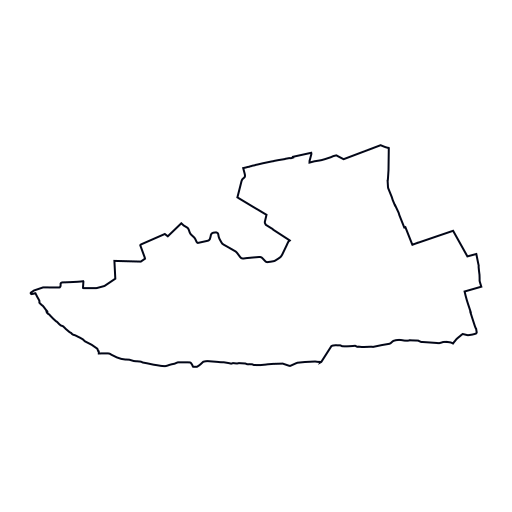 Cumpana, Constanta, Romania
{"feature_id": "2599482B64755451325856", "entity_name": "Cumpana", "entity_type": "district", "adm_level": 2, "iso_a3": "ROU", "parent_name": "Romania", "parent_adm1": "Constanta", "projection": "equal_earth", "projection_center": [28.523, 44.126], "detail": "fine", "context": "isolated", "style": "outline", "palette": "ink", "viewbox_px": 512, "rotation_deg": 0, "n_neighbors": 0, "source": "geoboundaries", "source_scale": "gbopen_adm2", "svg_char_len": 5977}
<svg xmlns="http://www.w3.org/2000/svg" viewBox="0 0 512 512"><path d="M34.0,290.5L30.8,292.7L30.7,293.3L31.1,293.9L31.5,294.1L34.7,293.5L35.0,293.2L35.4,293.2L37.2,296.8L38.4,298.9L39.3,300.6L39.4,301.0L39.4,302.7L40.0,303.4L41.9,305.2L42.7,305.7L43.8,307.0L45.8,309.7L46.7,310.7L47.1,311.2L46.9,311.3L46.5,311.4L46.9,312.7L47.5,312.9L47.8,313.4L48.1,313.9L49.3,314.5L50.1,315.5L53.1,318.6L55.5,320.8L56.2,321.4L56.7,321.6L57.8,322.6L58.2,323.1L59.5,324.4L60.9,325.5L62.7,326.1L63.5,326.6L63.8,327.0L64.7,327.8L65.7,328.9L69.5,332.1L71.3,333.1L71.9,333.9L73.3,334.8L74.6,335.1L76.4,335.9L77.7,336.6L79.8,337.6L82.8,339.3L84.9,341.3L91.7,344.8L97.3,348.7L98.2,351.1L98.7,351.3L98.8,352.7L98.8,353.5L102.2,353.4L107.9,353.4L109.3,353.6L110.3,354.0L111.3,354.7L114.2,356.1L116.8,357.4L119.5,358.3L121.3,358.9L123.2,359.2L125.2,359.5L127.8,359.6L129.3,359.7L133.7,361.0L135.3,361.2L137.3,361.3L140.5,361.6L141.5,361.9L142.7,362.5L143.8,362.7L147.1,363.3L153.6,364.7L157.0,365.2L161.1,365.9L163.7,366.1L165.4,366.1L166.0,366.0L167.5,365.6L169.1,365.0L171.6,364.3L174.6,363.7L176.4,362.9L177.7,362.4L178.8,362.3L186.0,362.3L189.6,362.4L190.4,362.6L191.0,363.1L191.9,364.4L192.5,365.5L192.9,366.6L193.5,366.8L195.4,366.8L196.9,366.8L197.6,366.4L199.0,365.5L200.5,364.3L203.2,361.8L203.9,361.6L205.4,361.3L207.4,361.1L217.7,361.9L220.2,362.2L224.0,362.3L228.8,363.1L230.9,363.6L231.6,363.6L232.6,363.2L233.2,363.1L235.7,363.4L237.1,363.5L239.0,363.1L240.3,363.2L241.9,363.3L245.3,363.5L247.1,364.2L248.3,364.3L249.3,364.2L252.2,364.3L253.8,365.0L260.2,365.1L265.6,364.6L267.7,364.3L272.9,363.9L282.7,363.6L288.6,365.6L289.7,365.9L290.2,365.9L296.2,363.2L297.6,362.7L298.8,362.6L304.9,362.0L315.1,361.5L318.0,361.9L319.5,362.0L319.5,361.9L320.6,362.0L320.4,362.4L321.3,361.9L331.4,346.1L332.1,345.8L332.6,345.6L334.1,345.4L335.9,345.2L337.0,345.3L339.7,345.3L340.4,345.4L340.5,345.4L341.6,346.0L342.1,346.2L343.8,346.3L347.6,346.3L349.8,346.2L352.9,346.0L354.8,345.8L355.2,345.8L356.6,346.5L357.3,346.8L357.8,346.8L358.9,346.8L358.9,346.7L359.2,346.7L361.7,347.0L364.0,347.0L371.1,346.7L373.1,346.9L381.7,345.1L389.3,343.8L389.8,343.6L390.5,343.3L391.4,342.5L392.3,341.7L392.9,341.2L393.1,341.1L393.5,340.9L394.0,340.7L395.2,340.4L395.8,340.2L397.9,340.0L399.2,339.9L400.6,340.0L401.6,340.1L404.5,340.6L407.4,340.7L409.0,340.5L409.8,340.2L409.9,340.3L418.2,340.6L418.5,340.8L420.5,341.7L421.0,341.9L421.6,342.0L422.6,342.0L428.6,342.4L437.1,343.0L437.7,343.1L438.3,343.1L438.9,343.1L439.5,343.1L440.6,342.8L441.7,342.5L442.8,342.1L443.5,342.0L444.5,341.9L446.5,342.0L446.5,341.9L447.0,341.9L449.7,342.3L450.4,342.4L451.3,342.7L452.1,343.0L453.0,343.5L454.5,341.5L455.0,341.0L455.9,339.8L456.6,339.0L457.6,338.1L458.8,337.1L460.2,336.0L461.2,335.1L462.7,334.0L467.3,335.1L467.9,335.2L468.9,335.1L472.2,334.6L474.2,334.1L475.9,333.6L476.4,333.1L476.7,332.3L476.1,328.7L475.9,328.4L475.6,328.0L474.8,325.9L472.3,318.2L470.4,312.2L470.7,312.1L469.4,308.1L468.0,303.9L466.8,300.1L465.6,295.7L464.6,291.5L481.3,286.7L479.9,282.1L479.6,280.8L479.6,278.2L479.5,274.9L479.0,270.9L478.6,266.9L478.7,265.6L478.6,265.2L478.1,262.9L476.4,254.4L476.3,254.0L467.4,256.4L453.1,230.8L436.0,236.6L429.6,238.8L417.3,243.0L417.3,242.9L415.5,243.6L412.6,244.7L412.5,244.3L412.2,244.4L405.4,227.2L404.5,227.6L404.3,227.6L399.3,215.0L398.7,212.9L395.1,205.2L394.9,205.3L394.7,204.8L394.2,203.6L392.7,200.0L391.8,197.1L388.2,188.2L388.0,187.2L387.6,180.4L387.8,180.2L388.0,177.9L388.5,170.2L388.8,148.0L388.7,147.9L387.7,147.8L387.1,147.6L385.6,147.2L383.5,146.4L380.6,145.2L343.6,159.2L337.3,155.9L336.5,155.4L336.2,155.4L333.3,156.1L330.9,157.2L327.5,158.3L325.1,159.1L321.6,160.1L319.5,160.5L314.4,161.3L309.5,162.6L309.5,162.0L309.6,160.6L310.0,159.3L311.4,153.9L311.2,152.8L293.0,156.8L293.2,157.5L291.4,158.1L290.9,158.2L289.3,158.1L286.0,158.7L285.4,158.8L284.8,159.1L284.0,159.2L283.5,159.3L278.4,160.1L274.2,160.9L273.3,161.2L272.5,161.3L271.9,161.4L271.3,161.5L270.4,161.7L262.7,163.3L257.7,164.5L255.7,164.9L254.7,165.3L252.4,165.7L251.0,166.2L250.2,166.3L249.4,166.7L247.6,167.0L246.2,167.4L245.4,167.6L243.2,168.1L244.6,173.4L244.9,174.7L245.0,175.8L244.9,176.5L244.6,177.2L244.2,177.6L242.5,179.1L242.0,179.9L241.5,181.2L240.1,186.8L237.4,197.4L252.5,206.5L266.5,214.8L264.8,222.0L264.9,223.0L265.8,224.8L271.1,228.1L272.6,229.0L273.2,229.7L289.7,240.4L289.8,240.5L289.1,241.0L288.7,241.3L288.4,241.6L288.2,242.1L287.5,243.4L286.8,245.0L282.2,254.6L281.4,255.9L280.8,256.7L280.3,257.2L278.5,258.5L275.5,260.4L274.8,260.8L274.4,261.0L273.0,261.3L270.7,261.7L269.1,261.9L267.8,262.1L267.1,262.1L266.5,262.0L265.7,261.6L265.4,261.3L264.6,260.5L263.2,259.0L262.3,258.1L261.9,257.7L261.2,257.3L260.5,257.1L260.2,257.0L259.1,257.0L253.0,257.5L251.8,257.6L249.9,257.8L246.5,258.1L243.7,258.5L242.8,258.5L242.2,258.4L241.8,258.3L241.1,258.0L240.2,257.1L237.3,253.2L236.8,252.6L236.4,252.2L235.9,251.7L235.5,251.4L233.4,250.2L223.6,244.6L222.9,244.1L222.3,243.7L222.1,243.4L221.3,242.2L219.8,239.5L219.4,238.7L218.9,237.4L218.6,236.3L218.3,234.6L218.2,234.1L217.9,233.4L217.3,232.9L216.7,232.6L216.2,232.4L215.7,232.4L215.1,232.5L214.5,232.5L213.8,232.7L213.4,232.7L212.5,233.0L212.2,233.2L211.7,233.6L211.3,234.1L211.1,234.5L210.9,234.9L210.8,235.5L210.4,237.3L210.1,238.2L209.8,239.2L209.4,239.7L208.8,240.3L208.0,240.7L206.2,241.1L198.5,242.8L198.1,242.9L197.6,242.9L197.0,242.4L196.5,241.7L195.9,240.4L195.3,239.1L194.4,237.7L194.0,237.3L191.1,234.6L190.3,233.6L189.7,232.4L188.9,230.1L188.3,228.8L188.0,228.3L187.2,227.6L185.9,226.8L185.4,226.5L183.7,225.5L181.3,223.3L167.8,236.3L164.8,234.0L141.3,244.3L140.5,244.8L140.3,245.4L144.7,257.4L145.0,258.7L140.8,261.6L114.4,260.9L115.3,278.7L104.6,285.9L103.7,286.2L97.0,288.0L96.3,288.1L83.5,288.1L83.1,288.0L83.0,287.5L83.4,281.6L83.2,281.2L80.9,281.5L77.2,281.8L71.1,282.1L66.1,282.3L62.3,282.4L61.7,282.6L61.0,283.0L60.6,283.6L60.6,285.4L60.4,286.5L59.7,287.4L59.1,287.5L43.1,287.4L34.0,290.5Z" fill="none" stroke="#020617" stroke-width="2"/></svg>